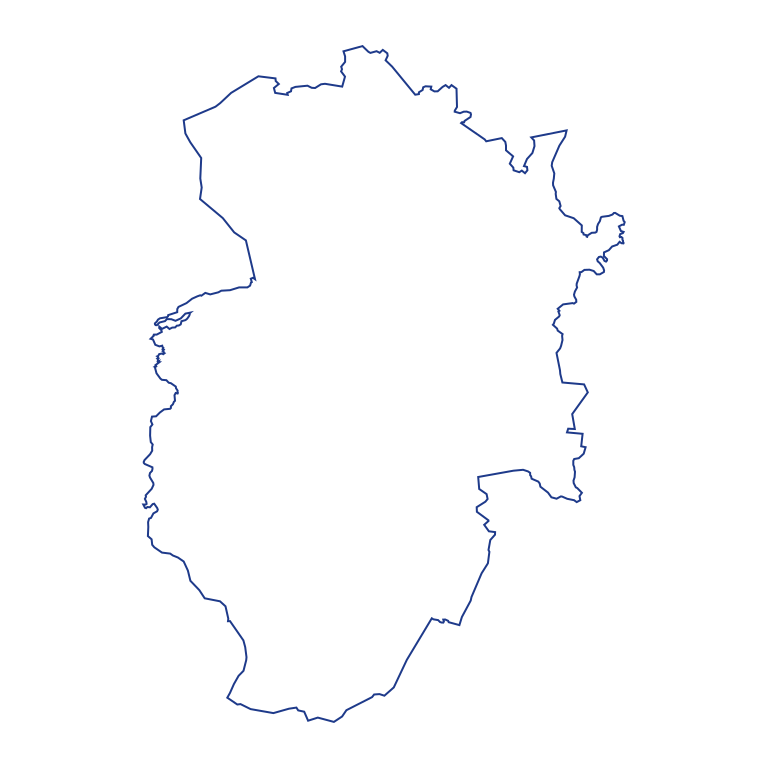 Pildas pag., Ludzas, Latvia (Albers equal-area conic projection)
{"feature_id": "27541924B23145226159643", "entity_name": "Pildas pag.", "entity_type": "district", "adm_level": 2, "iso_a3": "LVA", "parent_name": "Latvia", "parent_adm1": "Ludzas", "projection": "albers", "projection_center": [27.751, 56.365], "detail": "fine", "context": "isolated", "style": "outline", "palette": "blue", "viewbox_px": 768, "rotation_deg": 0, "n_neighbors": 0, "source": "geoboundaries", "source_scale": "gbopen_adm2", "svg_char_len": 6077}
<svg xmlns="http://www.w3.org/2000/svg" viewBox="0 0 768 768"><path d="M566.6,130.4L531.3,137.4L534.1,140.5L534.5,146.1L532.4,153.0L527.0,159.0L524.0,166.1L527.0,166.9L527.4,170.3L525.0,173.2L521.8,170.6L519.3,172.2L513.6,170.3L513.3,167.6L509.8,163.7L513.1,156.4L506.0,150.3L506.0,145.5L505.3,141.9L501.8,138.1L486.2,141.3L484.7,139.4L461.1,123.1L462.0,122.2L464.1,122.3L464.6,120.9L470.5,117.0L471.0,114.4L470.5,112.9L466.7,111.6L463.7,111.7L460.0,113.2L454.7,111.7L454.8,110.6L457.0,107.0L456.5,88.7L451.5,85.1L449.0,87.8L445.6,85.1L442.6,86.9L437.7,91.3L434.4,91.4L430.7,89.3L431.3,86.6L425.5,86.3L423.2,87.3L422.6,90.0L418.9,92.3L418.9,94.1L415.2,94.7L392.2,66.7L385.6,60.3L387.7,55.8L387.3,53.3L382.8,49.9L379.7,52.8L376.6,51.2L370.4,52.9L368.4,51.8L362.5,46.1L343.5,51.3L345.1,56.4L345.1,61.9L341.2,66.7L342.0,69.2L341.1,71.4L345.0,76.6L342.2,86.6L325.0,83.8L321.0,84.3L315.1,88.0L311.7,87.8L307.5,85.7L295.4,86.9L291.5,88.4L291.0,91.3L287.2,93.0L287.7,94.8L275.2,92.9L273.9,88.0L278.8,84.0L275.7,81.0L275.5,78.4L258.4,76.3L231.1,92.9L220.2,103.1L215.5,106.7L183.7,120.3L185.4,133.5L190.3,142.3L201.2,158.0L200.3,178.5L201.7,187.5L200.0,199.0L222.8,218.1L234.2,232.4L245.9,240.4L255.0,279.2L253.0,277.8L250.8,278.7L251.8,282.1L251.0,282.5L250.1,285.6L247.4,287.4L239.1,287.4L230.0,290.2L221.3,290.7L218.4,292.3L210.2,294.4L205.3,292.9L201.4,295.7L200.2,295.3L197.4,296.3L192.1,298.7L186.5,303.1L178.5,306.9L177.3,309.0L177.2,312.2L168.2,315.1L168.0,316.3L167.2,317.1L160.0,318.3L158.0,319.6L156.8,321.6L154.9,323.4L155.0,324.4L155.6,325.1L156.9,325.2L159.5,322.5L165.0,321.1L166.9,319.1L171.3,319.2L175.5,320.8L180.8,318.4L185.4,313.6L190.4,312.6L189.7,313.2L189.7,314.5L189.1,316.0L187.2,318.7L185.5,320.1L181.5,321.2L180.7,324.4L178.8,325.5L176.8,325.7L175.2,327.4L172.2,327.6L169.5,329.0L166.7,326.6L162.0,328.9L159.3,326.6L159.2,328.0L161.4,330.3L161.8,331.9L156.7,334.6L153.9,334.6L153.5,335.3L153.7,335.8L150.6,338.8L153.0,339.5L155.3,344.8L159.4,346.4L162.2,345.7L162.4,346.8L163.4,347.9L162.6,349.1L163.8,349.7L162.7,351.0L163.6,351.5L163.7,352.7L164.5,353.2L163.2,354.2L162.1,353.5L159.2,354.1L158.2,355.9L157.3,356.3L158.0,356.8L157.8,357.7L158.2,358.0L157.5,358.5L158.1,358.8L157.7,359.2L158.0,360.3L157.6,361.6L158.0,362.0L158.9,361.4L158.7,362.0L159.5,362.1L155.5,365.1L156.0,365.9L154.8,366.7L155.4,366.9L154.9,367.2L156.5,373.3L160.4,378.6L161.9,379.8L166.4,380.2L168.7,382.7L170.9,383.2L175.8,386.6L176.0,388.2L177.6,390.6L177.5,392.0L177.9,392.9L177.6,393.5L175.7,393.0L174.5,395.2L175.0,400.8L173.9,401.8L172.9,404.3L170.9,406.2L170.9,408.0L170.1,408.8L164.1,409.4L159.9,412.5L156.1,416.3L152.0,416.6L150.9,421.1L152.4,424.5L150.3,427.1L150.1,435.7L150.8,442.1L152.7,444.5L152.1,447.1L152.2,450.7L150.1,454.2L144.5,460.1L143.7,462.0L143.8,462.9L144.8,464.0L152.4,467.3L152.5,468.8L152.0,470.9L150.0,473.0L149.4,475.6L150.0,477.5L153.3,483.0L153.5,484.9L151.7,488.8L145.7,495.3L146.0,496.8L144.9,498.9L146.3,501.9L146.6,503.9L145.6,504.6L143.3,504.5L145.0,507.8L146.1,508.2L147.4,507.0L149.9,507.3L152.7,504.1L154.2,503.7L157.2,508.0L157.8,509.7L157.1,511.3L153.4,513.4L151.0,517.9L149.1,518.6L148.1,522.1L148.3,527.0L147.9,536.1L151.6,539.3L152.2,544.8L154.3,547.3L162.0,552.6L170.2,553.6L172.9,555.5L177.9,557.5L183.7,561.5L187.9,570.6L190.4,580.8L199.3,590.1L204.7,598.3L220.0,601.3L225.5,606.3L228.3,618.7L228.0,621.2L230.0,621.1L243.4,640.4L245.2,647.1L246.5,657.2L246.2,660.2L243.5,670.8L238.6,675.8L233.9,684.1L230.0,692.9L227.3,697.7L237.3,704.5L240.5,704.1L250.6,709.1L273.4,713.1L289.0,708.7L296.4,707.6L298.2,710.4L304.2,711.7L308.1,720.7L317.8,717.6L333.9,721.9L342.1,716.5L346.4,710.2L372.1,697.1L374.1,694.5L379.5,694.1L384.4,695.7L393.8,687.4L406.8,659.9L431.8,618.3L433.3,619.3L438.1,620.1L440.0,622.0L441.4,622.5L443.3,622.6L443.9,621.5L443.3,619.6L445.2,619.5L448.1,620.8L448.7,622.2L459.4,625.1L461.9,617.0L470.7,600.6L471.5,597.0L481.6,573.3L487.9,563.3L489.4,551.8L488.5,550.0L490.3,540.0L495.0,534.7L495.1,532.1L488.9,531.3L484.2,524.8L488.5,521.0L488.4,520.3L476.9,511.8L476.7,507.2L485.4,501.7L487.6,499.0L486.6,494.1L479.2,489.0L478.2,477.0L513.4,470.7L523.1,469.8L528.0,471.4L530.1,472.8L530.2,475.2L531.1,476.3L531.6,478.7L538.3,481.6L539.7,483.5L540.4,486.7L548.0,492.6L551.4,497.3L556.6,498.7L560.9,496.4L562.2,496.6L567.2,498.8L574.1,500.2L576.7,502.1L580.3,500.2L579.5,496.1L581.9,492.8L577.3,488.1L575.8,487.3L573.7,483.1L573.5,480.6L574.6,477.3L575.0,471.7L574.4,469.8L574.2,467.2L573.3,464.9L573.3,460.8L574.2,459.0L578.8,458.2L583.7,453.7L585.6,447.2L581.2,446.3L582.6,433.8L567.0,432.4L568.2,428.7L574.8,429.0L572.2,414.1L587.8,392.4L584.1,384.4L562.4,382.5L560.3,374.0L560.0,370.4L556.5,352.9L560.1,348.4L561.1,345.8L562.5,340.0L562.1,335.8L562.6,334.1L557.7,330.6L557.1,328.6L552.9,324.8L553.8,323.7L555.0,319.9L559.1,316.5L559.7,315.2L558.4,311.5L559.4,310.8L557.7,308.8L563.1,304.4L572.6,303.1L574.0,303.6L576.3,301.9L576.2,299.7L574.4,296.5L574.0,294.7L574.9,291.5L577.1,287.5L576.6,285.5L576.7,283.7L579.5,276.0L579.9,274.3L579.7,272.2L581.4,272.1L584.4,269.9L589.5,269.7L593.7,271.0L596.7,274.3L599.9,274.3L603.9,272.0L604.1,270.4L603.2,267.7L599.7,263.0L597.7,261.3L597.1,259.3L598.9,257.0L600.8,256.6L602.7,257.7L604.5,260.9L606.0,261.6L607.0,260.5L607.1,259.2L603.9,256.0L604.0,252.4L608.8,250.2L612.1,246.5L617.3,244.7L619.6,241.8L621.5,243.2L623.4,243.4L623.6,243.0L623.1,242.1L623.0,240.6L622.4,239.7L622.5,238.0L621.4,237.0L619.9,237.2L619.5,236.3L620.2,234.1L622.9,233.1L623.6,231.9L620.9,231.0L618.9,226.4L622.1,224.7L623.8,224.8L624.7,222.1L623.6,220.8L622.4,216.1L619.8,215.7L615.2,212.9L613.9,213.0L612.5,214.5L608.9,215.9L602.0,216.8L600.9,217.4L599.9,221.1L598.0,224.1L597.1,226.9L597.1,229.7L596.5,231.9L595.3,232.6L591.7,232.8L587.6,235.4L587.2,236.8L586.6,236.6L586.2,235.1L583.6,234.5L583.4,233.1L581.7,231.9L581.8,225.4L573.7,218.2L565.1,215.3L559.9,209.3L559.3,208.2L560.6,206.0L559.3,201.3L556.4,198.9L555.7,193.9L555.9,191.9L553.1,185.3L553.0,182.7L553.8,178.7L554.3,173.4L551.7,165.8L552.2,162.2L559.4,145.6L565.1,136.7L566.6,130.4Z" fill="none" stroke="#1e3a8a" stroke-width="2"/></svg>